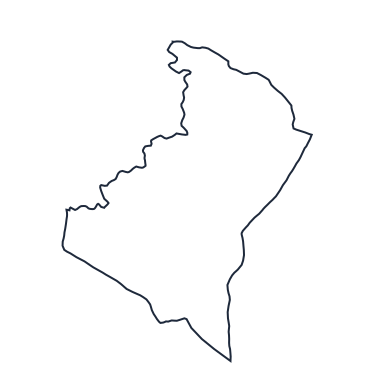 Kaoh Soutin, Kâmpóng Cham, Cambodia (Equal Earth projection), rotated 115°
{"feature_id": "14789045B43431030516804", "entity_name": "Kaoh Soutin", "entity_type": "district", "adm_level": 2, "iso_a3": "KHM", "parent_name": "Cambodia", "parent_adm1": "Kâmpóng Cham", "projection": "equal_earth", "projection_center": [105.361, 11.887], "detail": "fine", "context": "isolated", "style": "outline", "palette": "slate", "viewbox_px": 384, "rotation_deg": 115, "n_neighbors": 0, "source": "geoboundaries", "source_scale": "gbopen_adm2", "svg_char_len": 3900}
<svg xmlns="http://www.w3.org/2000/svg" viewBox="0 0 384 384"><g transform="rotate(115 192 192)"><path d="M162.7,114.9L160.5,114.1L156.8,113.5L153.0,112.9L150.1,112.7L147.4,112.5L144.4,111.9L141.5,111.3L138.9,111.2L136.2,111.1L133.3,110.7L130.9,110.2L128.5,109.9L125.2,109.6L122.1,109.4L117.9,108.6L114.7,108.4L104.7,108.4L102.3,107.7L98.5,107.6L94.6,107.4L89.5,107.7L89.9,110.0L90.2,114.5L91.0,120.7L91.4,123.8L91.5,126.8L89.8,128.1L88.2,129.3L85.8,129.8L82.4,130.1L78.9,132.8L76.1,135.5L73.8,137.3L71.6,138.5L67.1,147.6L65.2,152.2L64.1,157.0L62.7,161.8L61.4,165.4L58.8,168.7L57.9,170.0L57.4,173.7L56.9,179.0L56.7,183.4L58.2,187.2L60.6,190.3L62.0,192.3L63.0,195.4L62.8,199.0L62.6,203.5L63.2,206.3L63.4,209.5L62.3,211.8L61.0,213.0L58.2,214.3L57.5,218.8L56.2,226.2L55.9,230.3L55.5,234.8L55.1,237.8L55.6,240.8L56.6,243.9L58.3,245.7L59.2,247.7L60.5,251.6L61.0,254.2L60.9,258.3L60.2,261.5L60.0,264.6L60.5,266.0L61.9,269.3L63.5,271.8L63.9,273.1L64.7,272.6L67.5,273.6L71.3,273.9L73.5,274.1L74.8,271.8L75.1,268.1L76.6,262.4L78.7,261.4L81.8,262.2L84.3,265.8L86.6,266.7L87.8,265.3L88.6,262.9L89.6,257.4L89.7,254.0L86.9,252.3L85.5,251.6L84.8,250.6L84.3,249.0L83.4,246.4L84.0,243.9L85.6,243.8L88.1,246.2L91.3,247.4L93.8,246.2L94.9,244.7L96.6,241.8L98.4,240.6L100.2,241.1L103.0,242.0L105.3,242.2L107.9,240.5L109.7,239.1L112.1,238.4L114.6,238.4L116.8,238.8L119.0,237.7L120.7,235.5L123.5,232.6L125.1,231.5L128.1,231.1L131.0,231.2L134.3,230.8L136.4,229.4L137.3,226.6L139.0,222.6L140.4,221.2L141.9,220.6L142.9,221.9L144.1,225.5L145.5,230.8L147.4,231.7L150.2,233.4L152.3,235.6L154.3,237.6L154.7,239.7L154.2,242.7L154.2,244.3L155.5,245.7L156.9,246.9L158.4,248.0L160.7,249.7L162.5,250.8L163.5,250.5L165.4,249.0L167.4,248.9L168.7,251.2L170.4,253.6L172.3,254.1L174.9,254.1L176.2,253.3L177.2,251.4L178.9,250.1L181.0,249.5L182.0,249.0L183.0,248.1L185.5,246.6L187.3,245.4L188.0,245.2L190.3,246.5L191.2,247.6L192.0,250.3L192.5,253.3L194.2,254.5L196.1,255.5L198.3,256.3L200.4,257.5L201.3,258.5L201.8,260.5L202.3,263.9L203.1,264.9L203.9,265.8L205.7,266.6L207.7,266.8L210.4,266.6L212.5,266.7L214.2,267.8L216.0,269.5L218.8,271.1L222.1,271.7L223.3,273.7L224.1,277.2L225.2,277.7L226.8,277.1L229.5,274.7L232.4,271.7L235.2,268.7L236.5,264.5L237.3,263.0L238.9,263.3L240.7,264.0L242.7,264.8L243.4,264.9L243.9,268.0L242.5,271.1L242.4,272.1L243.4,272.7L245.0,272.8L247.0,273.0L248.1,273.3L248.8,273.7L249.4,274.6L249.9,275.8L250.4,277.3L250.6,278.9L249.8,281.3L249.9,282.9L250.5,284.3L251.6,286.4L253.0,287.5L256.1,289.0L257.7,290.4L257.6,292.5L257.4,295.5L258.4,295.9L260.4,295.3L260.8,297.2L261.1,298.3L262.0,297.7L263.0,296.9L265.2,295.7L266.9,295.0L269.7,294.2L274.0,292.8L278.8,291.4L282.5,290.5L285.6,289.4L288.5,288.7L291.6,288.2L295.4,286.6L298.4,283.3L298.9,280.1L299.0,276.2L299.9,269.2L300.2,262.5L300.3,260.1L301.3,254.1L302.0,249.6L302.8,238.9L303.3,235.0L303.6,230.9L304.3,222.7L305.5,217.2L307.5,210.4L307.7,203.8L307.6,198.9L307.5,195.3L307.9,192.0L308.6,187.9L310.1,185.0L311.6,182.4L313.8,180.4L316.0,178.5L318.8,175.1L320.3,172.6L322.0,170.0L323.5,167.1L324.0,165.3L322.5,162.9L321.5,161.9L320.3,160.9L319.5,158.8L317.7,156.9L317.0,156.1L316.0,153.5L315.1,151.3L313.0,149.0L311.3,147.2L309.7,145.5L309.5,143.2L315.5,135.1L321.1,120.9L325.0,105.4L327.0,95.3L328.9,85.7L327.0,86.5L324.8,87.4L321.6,89.2L318.3,91.1L315.8,93.1L313.1,94.6L309.5,96.2L306.2,97.9L303.2,99.7L300.4,100.7L297.8,101.6L295.1,103.4L291.3,106.0L285.8,108.9L279.8,110.7L273.8,112.1L270.7,113.9L268.3,116.1L265.5,118.2L261.3,120.6L255.1,120.8L250.6,120.4L247.2,119.5L245.9,118.9L243.0,117.7L237.1,116.2L232.6,116.7L227.2,118.2L222.7,120.5L218.9,122.7L215.2,124.8L212.3,126.8L209.6,129.0L208.4,129.6L205.7,129.5L201.3,128.2L198.7,127.3L195.5,126.7L191.8,125.5L188.8,124.5L186.2,123.3L183.3,121.9L179.6,120.8L178.6,120.5L177.2,120.2L175.0,119.5L171.6,118.2L168.5,117.1L165.1,115.7L162.7,114.9Z" fill="none" stroke="#1e293b" stroke-width="2"/></g></svg>